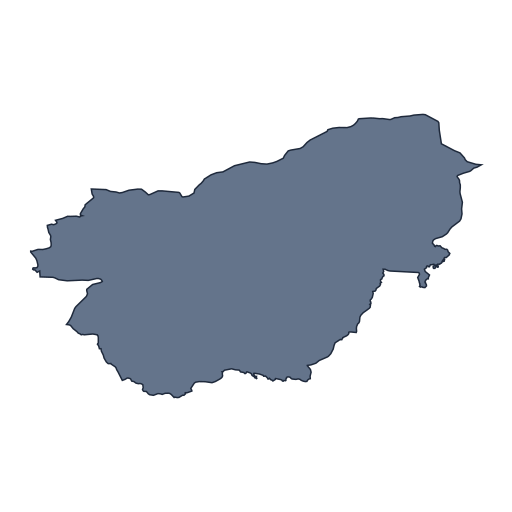 outline of Sovata, Mures, Romania
{"feature_id": "2599482B16228815220694", "entity_name": "Sovata", "entity_type": "district", "adm_level": 2, "iso_a3": "ROU", "parent_name": "Romania", "parent_adm1": "Mures", "projection": "natural_earth1", "projection_center": [25.148, 46.633], "detail": "fine", "context": "isolated", "style": "filled", "palette": "slate", "viewbox_px": 512, "rotation_deg": 0, "n_neighbors": 0, "source": "geoboundaries", "source_scale": "gbopen_adm2", "svg_char_len": 6027}
<svg xmlns="http://www.w3.org/2000/svg" viewBox="0 0 512 512"><path d="M174.1,397.5L174.6,397.1L177.3,397.6L179.0,397.4L182.6,395.2L183.9,395.3L185.5,393.8L185.1,393.0L185.3,392.7L187.3,392.7L191.7,391.1L191.9,391.0L191.7,390.2L190.8,388.4L194.3,383.1L195.6,382.2L199.0,381.6L205.2,381.7L212.0,382.7L215.4,381.5L219.9,379.0L221.4,377.9L222.3,376.8L222.6,375.7L222.3,373.9L222.5,372.6L222.0,371.8L223.2,371.5L224.5,370.2L231.6,368.8L235.3,369.8L239.1,370.1L239.6,370.5L240.5,371.9L243.8,372.5L244.9,373.6L245.5,373.5L246.3,372.8L246.5,372.1L247.0,371.8L250.3,373.0L251.4,373.8L251.7,374.8L252.3,375.6L254.4,376.9L254.9,377.8L255.3,377.7L256.4,378.6L256.8,378.3L256.3,377.3L256.5,376.4L255.3,376.6L253.6,374.1L253.8,373.4L254.7,373.3L259.4,374.0L263.3,375.4L263.6,376.2L265.6,376.1L267.5,378.0L267.9,379.0L268.6,379.0L269.5,378.3L270.7,379.7L271.9,380.1L272.9,381.0L275.4,379.4L275.5,379.1L275.4,378.6L275.6,378.5L280.7,379.6L281.9,380.1L282.4,381.0L283.2,381.2L283.9,380.5L285.6,380.7L285.9,380.4L285.9,378.9L286.5,378.2L286.4,377.9L286.6,377.4L288.0,376.8L290.0,377.2L291.3,378.6L292.1,379.0L295.9,379.4L298.2,378.9L300.1,379.4L301.2,380.3L303.1,381.1L305.4,381.6L306.9,381.4L307.6,380.1L309.0,379.0L310.3,378.7L310.1,376.2L311.1,372.2L310.4,369.4L307.3,365.7L307.3,365.4L310.9,364.9L315.9,363.2L319.2,360.5L327.5,356.9L328.5,356.2L330.8,353.7L332.5,350.4L333.2,349.1L334.1,345.3L335.1,342.8L340.3,339.4L340.9,339.8L341.9,339.6L342.0,339.0L342.7,338.2L342.8,337.6L346.6,335.8L348.0,334.7L348.8,333.6L348.7,332.5L349.1,332.0L351.4,332.0L356.2,332.5L356.6,331.3L356.4,328.4L356.6,326.5L357.7,323.9L358.9,322.8L359.5,321.4L359.9,317.2L360.8,315.3L363.2,312.7L369.3,308.3L370.3,307.0L370.2,306.1L370.5,305.1L369.8,304.3L370.9,303.7L370.8,302.0L370.2,301.1L370.3,299.9L371.2,299.1L372.3,297.4L373.2,293.5L372.7,291.5L375.1,291.1L375.9,290.1L376.3,288.5L379.7,286.0L380.5,284.4L380.3,283.6L379.6,283.3L380.3,283.3L380.6,282.8L381.4,282.5L380.5,281.1L380.5,279.7L381.1,279.2L381.7,279.1L382.5,277.1L383.2,276.3L384.0,275.8L383.9,274.4L382.8,273.1L383.7,271.4L383.1,269.2L385.0,269.2L387.8,270.5L390.0,271.0L418.4,272.5L419.3,273.2L419.5,274.3L417.7,277.5L419.1,281.3L419.4,282.8L419.9,283.9L419.8,284.9L420.1,285.5L419.5,286.5L420.4,287.1L421.9,286.8L422.9,287.4L424.9,287.6L426.5,285.9L426.3,284.2L425.5,283.5L425.5,282.5L425.0,282.2L425.1,281.2L425.5,280.9L425.9,279.9L427.5,278.7L428.3,278.8L428.3,277.7L429.5,275.0L425.2,271.5L424.4,269.2L426.5,267.7L426.7,267.3L426.5,266.5L426.7,266.2L427.8,265.9L429.0,266.9L429.5,266.7L430.4,264.7L432.1,264.7L433.1,264.3L434.1,264.4L434.2,265.9L433.3,266.3L433.1,266.8L433.3,267.9L433.6,268.4L434.9,268.4L436.0,266.5L436.8,266.5L437.4,267.2L438.1,267.1L438.3,266.0L435.9,266.0L435.6,265.7L435.8,265.0L437.1,265.0L437.6,264.2L439.8,264.2L440.1,263.7L441.4,263.1L442.0,262.3L442.1,261.4L442.8,260.4L443.2,261.5L444.2,261.2L444.6,259.5L443.8,259.2L444.4,257.7L444.9,257.4L445.9,257.7L447.0,256.9L449.4,254.7L449.4,253.9L449.8,253.4L448.1,251.7L447.7,250.2L446.8,249.3L444.9,249.3L443.8,248.5L441.9,247.8L440.1,245.8L438.3,246.0L436.8,245.4L436.0,245.7L435.4,246.6L434.6,246.3L434.1,245.0L432.4,243.2L432.9,240.8L433.7,239.8L435.6,238.6L442.3,236.7L446.4,234.0L447.7,232.7L449.9,229.2L451.8,227.0L459.6,221.1L461.0,218.8L462.0,213.9L461.6,208.9L462.4,202.3L460.1,193.6L459.9,191.7L460.3,187.7L460.3,184.9L459.6,182.7L459.5,180.5L459.0,179.3L457.1,176.7L457.1,176.2L457.8,175.4L463.4,173.2L469.6,171.4L470.7,170.8L473.8,168.1L477.0,167.2L481.3,164.8L475.9,164.3L467.2,161.7L465.2,159.7L464.5,158.0L460.0,152.9L454.5,150.7L441.4,143.8L439.3,130.3L438.8,122.8L437.9,121.4L425.3,114.7L422.9,114.4L413.9,115.1L410.0,116.0L401.2,116.7L397.9,117.5L394.7,117.7L390.9,119.4L389.9,119.6L382.7,118.6L379.6,118.7L373.8,118.1L370.5,118.0L359.4,118.7L358.4,119.0L357.3,121.3L355.3,123.6L353.5,125.2L350.9,126.6L347.1,127.6L339.0,127.5L332.8,128.2L327.9,129.7L327.1,131.4L310.2,140.0L307.0,142.5L303.1,146.8L300.1,148.5L290.7,150.1L288.2,150.9L284.6,155.4L283.3,158.2L276.7,161.5L272.7,162.9L266.9,164.1L261.1,163.7L254.8,162.4L249.6,162.0L234.5,165.7L222.9,171.9L216.7,172.7L211.1,174.8L204.4,179.0L203.2,181.0L201.0,183.5L199.4,184.7L194.8,189.4L194.0,193.0L188.9,196.1L183.0,197.0L182.0,196.7L179.7,192.9L178.8,192.4L162.4,190.9L158.0,190.9L149.8,194.6L148.3,194.8L145.4,192.1L141.5,189.2L137.8,189.1L129.0,190.2L122.4,192.5L119.5,193.0L116.1,192.0L110.4,191.4L106.1,189.6L91.3,189.0L92.0,193.3L92.3,194.4L93.3,195.8L93.7,197.2L93.6,197.8L85.2,204.7L84.8,207.0L83.3,208.7L80.4,213.6L80.4,215.0L82.2,215.7L81.0,215.9L79.7,217.0L76.4,216.2L70.3,216.4L67.6,216.3L62.7,218.4L55.5,220.3L56.8,222.0L57.0,222.9L55.7,224.0L53.6,224.7L51.5,224.2L47.3,225.4L47.5,227.5L48.0,228.9L48.8,232.5L50.5,235.3L50.8,236.7L50.4,239.5L51.1,242.7L51.2,245.3L50.7,246.8L49.1,247.9L46.1,248.8L42.8,249.5L38.0,249.4L32.2,251.3L30.7,251.1L30.7,252.0L35.8,258.2L36.9,260.7L37.9,264.9L37.8,266.3L37.0,267.6L35.6,267.9L33.2,267.9L32.9,268.3L32.7,269.2L33.6,269.9L34.9,269.9L37.1,272.3L39.7,271.0L40.1,276.9L53.0,277.3L54.9,277.9L58.6,279.7L67.2,280.8L82.2,280.1L88.3,280.4L96.7,278.5L98.5,278.5L100.7,279.2L101.8,280.4L102.3,281.5L100.4,282.6L92.6,284.5L86.8,289.3L86.7,290.5L87.5,293.8L86.4,296.4L76.0,306.6L74.7,308.4L71.3,317.1L68.7,321.6L66.5,324.5L69.4,324.9L70.6,325.5L73.2,328.7L77.0,331.7L78.2,333.1L80.3,334.0L81.2,334.8L82.7,334.4L84.2,334.8L92.8,334.0L97.3,334.8L97.5,335.5L98.0,335.8L98.3,337.4L98.3,343.0L97.6,343.8L97.5,344.5L98.0,344.8L98.7,346.1L99.4,348.7L101.0,348.7L101.4,351.2L103.3,355.1L104.1,358.1L106.3,361.9L108.0,363.5L108.8,363.7L110.8,363.5L110.9,363.9L115.2,366.8L116.0,367.8L116.7,369.7L118.0,371.9L122.3,380.4L125.0,379.4L127.1,378.1L128.1,378.0L130.2,378.6L130.6,378.9L131.7,381.1L134.0,381.6L135.9,383.1L138.4,383.7L140.0,383.5L141.4,383.8L142.8,384.7L143.2,387.6L142.5,389.6L143.1,390.7L143.7,391.3L146.4,391.5L148.3,393.8L149.6,394.7L153.5,395.3L157.9,393.6L160.3,393.8L162.2,394.4L165.1,393.3L168.8,393.2L170.1,393.6L171.4,394.6L174.1,397.5Z" fill="#64748b" stroke="#1e293b" stroke-width="1.5"/></svg>